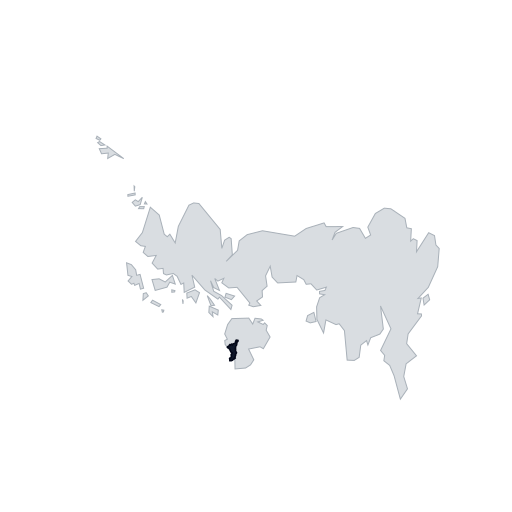 Strabane on a map of United Kingdom (orthographic projection), rotated 300°
{"feature_id": "GBR-2135", "entity_name": "Strabane", "entity_type": "District", "adm_level": 1, "iso_a3": "GBR", "parent_name": "United Kingdom", "parent_adm1": "", "projection": "orthographic", "projection_center": [-7.446, 54.773], "detail": "fine", "context": "in_parent", "style": "filled", "palette": "ink", "viewbox_px": 512, "rotation_deg": 300, "n_neighbors": 0, "source": "natural_earth", "source_scale": "10m", "svg_char_len": 5000}
<svg xmlns="http://www.w3.org/2000/svg" viewBox="0 0 512 512"><g transform="rotate(300 256 256)"><path d="M275.0,388.8L256.4,402.8L250.3,402.3L242.6,396.2L234.9,397.4L238.0,394.0L231.2,391.3L219.8,396.0L214.7,393.3L211.4,387.0L235.6,369.9L238.9,361.9L236.6,359.6L235.6,348.5L223.1,353.0L231.6,340.4L242.3,333.9L251.7,332.0L256.8,334.8L255.0,330.0L257.1,328.7L260.6,332.9L264.2,332.5L256.9,325.6L259.4,317.5L256.6,313.6L259.4,309.2L259.6,301.3L253.4,303.5L243.5,288.2L245.8,280.5L254.3,273.4L243.6,274.2L235.4,280.7L229.1,278.6L223.8,282.1L217.4,279.1L215.6,284.9L210.7,279.0L209.8,274.3L212.2,274.2L219.4,255.3L214.7,248.3L215.7,239.8L220.6,239.3L215.2,235.5L215.9,231.5L207.9,241.6L207.5,235.2L211.8,229.0L204.3,237.0L204.5,246.0L201.4,259.9L197.1,261.0L202.1,244.9L199.6,244.6L201.0,228.7L207.4,210.1L198.4,218.5L188.6,212.0L196.5,206.9L193.9,205.2L199.0,197.8L199.5,193.1L194.8,187.9L194.5,184.7L198.8,181.7L195.5,177.4L197.9,169.6L206.6,169.3L201.5,162.6L202.7,156.5L209.0,155.4L207.3,151.1L208.4,144.4L219.5,145.9L245.4,140.1L243.1,151.7L229.0,165.6L228.3,169.5L231.8,170.5L226.9,179.5L242.9,173.9L266.5,172.5L270.8,175.5L272.9,180.3L261.1,211.7L245.5,222.6L254.0,220.9L258.8,223.4L258.6,225.8L245.2,234.9L236.5,232.9L251.7,237.2L260.7,233.9L270.1,237.7L281.1,249.0L292.5,279.6L304.9,285.7L318.7,298.4L316.5,302.1L324.8,316.3L316.1,312.6L307.9,313.9L315.8,314.2L329.2,325.8L331.7,331.9L326.0,341.9L331.5,344.8L336.9,338.4L352.5,338.1L361.6,343.2L364.3,349.2L363.1,366.2L355.8,372.5L357.3,376.9L346.2,382.5L349.6,383.6L349.9,387.8L339.9,392.9L362.5,393.9L362.9,400.4L355.5,406.3L354.1,410.9L337.6,418.7L315.0,420.9L300.2,417.5L302.3,420.1L286.7,424.8L288.5,428.2L286.9,429.3L264.6,426.7L255.4,430.3L249.8,444.9L237.7,439.9L225.5,444.2L216.7,453.6L204.2,452.6L221.3,435.5L228.1,426.5L229.2,419.1L234.3,417.1L236.5,411.1L260.4,409.3L275.0,388.8ZM192.9,308.7L179.4,308.7L179.4,304.9L171.7,296.1L165.0,306.0L159.0,305.7L153.8,303.0L147.7,294.3L156.0,289.3L152.7,285.5L160.3,283.0L163.9,273.6L167.2,271.2L169.6,272.8L172.8,267.9L182.5,265.7L189.7,266.4L198.6,280.8L195.4,287.2L201.6,286.3L204.1,292.1L203.9,294.3L199.8,290.5L200.3,296.5L202.4,296.9L201.4,300.5L196.8,301.9L192.9,308.7ZM186.2,152.4L183.9,158.7L179.6,162.3L182.1,164.8L171.9,174.8L169.5,172.5L173.8,168.5L169.9,165.6L171.3,163.9L169.3,162.3L170.4,157.7L176.2,158.8L175.2,154.8L185.4,147.3L186.2,152.4ZM187.8,183.5L188.1,190.4L197.4,193.3L191.3,200.1L190.2,194.4L184.5,194.5L175.8,185.9L183.6,177.7L187.8,183.5ZM270.6,66.6L274.9,73.2L276.7,72.1L274.2,92.8L273.4,82.9L266.3,78.8L271.3,76.6L267.3,71.1L270.6,66.6ZM196.0,225.4L185.3,227.4L188.6,220.2L185.0,217.4L189.3,214.6L196.2,220.1L196.0,225.4ZM230.2,330.5L236.1,334.3L229.3,340.8L225.2,336.4L224.7,331.9L230.2,330.5ZM189.2,240.6L190.3,250.4L185.8,252.4L185.8,246.1L182.0,249.1L183.5,243.4L189.2,240.6ZM244.3,123.4L244.2,126.8L250.0,128.2L242.6,130.0L238.9,126.6L240.5,122.0L244.3,123.4ZM210.6,257.5L205.9,256.5L204.9,249.7L208.7,248.8L210.6,257.5ZM308.9,424.2L304.9,428.3L297.6,426.1L303.0,421.7L308.9,424.2ZM192.6,244.7L190.4,241.9L197.3,233.6L195.9,237.7L192.6,244.7ZM167.1,177.2L169.3,179.3L167.6,182.7L161.1,180.2L167.1,177.2ZM166.3,197.8L163.7,197.3L163.1,188.2L166.0,188.5L166.3,197.8ZM276.6,69.6L274.1,66.5L275.0,62.2L276.9,63.3L276.6,69.6ZM250.1,119.8L248.5,120.8L243.7,115.2L245.1,114.3L250.1,119.8ZM242.9,134.5L240.8,135.1L238.3,130.6L240.6,130.6L242.9,134.5ZM280.3,58.4L279.9,63.1L278.1,62.8L277.8,58.7L280.3,58.4ZM255.4,116.4L251.2,118.2L255.7,115.4L255.4,116.4ZM185.5,203.1L184.2,203.5L182.5,201.2L184.6,200.0L185.5,203.1ZM247.8,133.0L246.5,135.6L245.3,133.3L247.8,133.0ZM180.7,215.4L178.0,216.7L181.6,214.0L180.7,215.4ZM163.0,203.3L161.3,203.8L160.5,203.0L162.3,201.3L163.0,203.3Z" fill="#d9dde1" stroke="#a8b0b8" stroke-width="1"/><path d="M160.1,284.1L160.4,284.0L160.4,283.9L160.2,283.5L160.3,282.6L160.4,282.1L161.9,280.2L162.3,279.6L162.5,278.8L162.5,278.4L162.4,277.5L162.5,277.0L162.6,276.8L163.1,276.7L163.6,276.9L164.0,277.6L164.6,277.6L165.1,277.4L166.3,277.7L166.3,277.8L165.9,278.4L166.0,278.7L167.4,278.8L167.4,279.5L167.7,279.8L167.5,280.1L168.4,280.0L169.4,281.0L169.5,281.3L170.3,281.6L170.8,281.3L171.6,281.3L171.9,280.9L172.5,281.0L173.0,280.8L173.5,281.2L173.5,281.7L173.9,282.2L174.0,282.4L173.9,282.7L173.3,283.0L172.8,283.0L172.4,282.7L171.8,282.6L171.3,283.0L170.1,283.2L169.5,283.7L167.5,283.6L166.7,283.9L166.2,284.4L165.9,284.2L165.3,284.3L164.9,285.1L163.6,285.7L163.1,286.6L162.6,287.1L162.5,287.5L162.0,287.6L161.7,287.3L161.1,287.4L160.4,287.8L160.3,287.5L160.1,287.6L159.0,288.2L158.1,288.2L157.2,289.1L156.9,288.9L156.9,288.2L156.7,288.2L156.3,288.4L156.0,288.6L155.7,288.4L155.0,287.8L154.7,287.7L154.2,287.9L153.9,287.8L153.7,287.3L153.5,287.2L153.1,287.1L152.8,286.8L152.6,286.5L152.8,285.9L152.6,285.9L152.3,285.6L153.3,285.0L154.1,284.3L154.4,284.3L155.0,284.9L155.6,285.2L156.4,285.2L157.1,284.8L157.8,284.1L158.2,283.8L158.9,284.0L159.5,283.8L159.9,284.1L160.1,284.1Z" fill="#0f172a" stroke="#020617" stroke-width="1.5"/></g></svg>